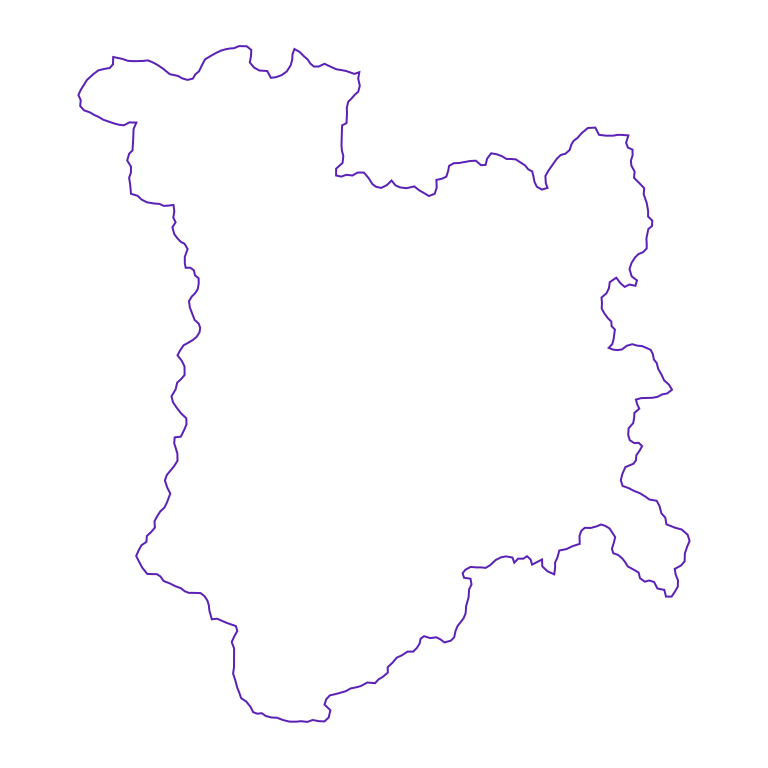 Mariana, Minas Gerais, Brazil (Mercator projection)
{"feature_id": "56859067B28014056344581", "entity_name": "Mariana", "entity_type": "district", "adm_level": 2, "iso_a3": "BRA", "parent_name": "Brazil", "parent_adm1": "Minas Gerais", "projection": "mercator", "projection_center": [-43.32, -20.336], "detail": "fine", "context": "isolated", "style": "outline", "palette": "violet", "viewbox_px": 768, "rotation_deg": 0, "n_neighbors": 0, "source": "geoboundaries", "source_scale": "gbopen_adm2", "svg_char_len": 6049}
<svg xmlns="http://www.w3.org/2000/svg" viewBox="0 0 768 768"><path d="M672.0,389.7L669.0,384.7L664.1,380.3L661.6,374.8L658.3,369.2L656.7,363.0L653.9,359.5L652.8,354.0L650.7,349.9L646.4,347.9L642.1,346.1L637.0,345.6L632.3,344.2L626.6,345.8L622.1,349.4L617.5,350.1L612.9,349.6L608.7,347.9L612.2,344.2L613.5,339.8L614.9,329.5L611.6,326.2L611.3,321.5L607.6,317.9L604.3,313.3L601.7,308.5L602.0,303.3L601.5,297.5L606.4,293.4L608.9,288.3L609.8,282.1L616.3,277.7L620.5,283.3L624.7,286.9L629.4,284.5L635.4,285.8L637.0,280.4L631.7,276.4L629.5,269.0L631.6,262.8L635.1,257.4L638.4,254.1L643.0,252.2L646.7,248.5L646.7,243.5L646.4,238.6L648.3,229.1L652.0,226.0L652.3,220.6L648.1,216.6L648.1,210.8L646.7,202.9L643.7,194.3L644.2,188.2L639.6,183.4L634.0,177.8L634.6,171.5L631.4,165.7L630.9,160.7L632.6,155.3L632.5,149.6L627.9,147.6L626.1,142.8L628.4,135.4L621.5,134.9L617.2,134.9L613.1,135.7L606.1,135.7L599.0,134.8L595.3,127.6L587.9,128.0L581.8,133.0L577.4,138.0L573.7,140.7L571.3,144.7L569.7,149.9L565.5,153.7L560.7,155.0L556.7,158.9L548.6,170.4L545.4,176.0L545.8,183.2L547.5,187.9L541.9,189.6L536.8,186.7L534.5,181.9L533.5,176.7L532.2,171.4L528.2,169.3L525.1,165.4L519.6,161.9L515.9,159.4L511.0,159.0L506.3,158.9L502.0,156.2L496.9,154.3L491.2,153.3L487.1,158.7L485.6,164.9L481.1,165.2L475.8,160.7L470.2,161.0L459.1,163.0L453.7,163.2L449.1,165.9L448.1,171.1L446.3,176.7L441.7,178.8L436.4,179.9L436.7,187.6L434.7,193.8L428.9,196.0L424.4,193.3L419.2,190.3L414.3,186.4L406.5,188.2L400.0,187.4L395.5,185.4L391.5,180.5L386.9,185.1L381.2,187.9L376.3,186.9L372.5,184.2L368.9,178.5L364.0,172.6L357.7,172.5L352.4,175.5L346.3,174.8L341.2,176.6L336.1,175.5L336.1,168.7L342.6,162.9L343.3,156.0L341.9,150.5L341.5,144.9L341.7,137.5L342.1,125.4L346.5,123.1L347.0,113.5L346.8,107.8L348.2,101.8L351.4,98.6L354.8,94.7L358.2,91.8L359.8,85.8L358.2,78.6L359.3,72.2L354.4,73.9L346.1,71.0L341.7,70.1L336.4,69.3L330.8,66.8L324.5,63.8L318.7,66.5L313.8,66.5L310.4,63.6L307.6,59.4L303.2,55.6L299.7,52.0L294.4,49.0L292.5,54.3L292.2,59.7L290.7,65.3L286.7,71.5L281.5,75.2L275.9,77.2L270.9,77.8L267.2,71.0L259.3,70.5L254.0,67.5L249.8,62.5L251.0,55.9L251.3,50.0L246.8,46.3L238.9,46.1L234.1,48.2L229.7,48.5L225.5,49.3L221.3,50.5L216.5,52.7L211.1,55.7L205.0,59.4L201.8,65.5L199.0,71.3L195.5,74.2L192.8,78.6L187.4,79.9L182.3,78.4L177.9,75.9L169.8,74.2L162.8,68.5L157.3,64.8L152.6,62.3L148.0,60.4L143.3,60.9L137.3,61.1L132.0,61.1L127.8,60.8L122.3,58.9L113.2,57.0L113.0,64.3L109.7,68.0L103.9,69.0L98.3,70.4L93.3,74.2L87.0,79.9L80.9,89.6L78.4,95.0L80.7,100.1L80.2,106.1L84.0,110.3L90.2,112.5L94.3,115.0L98.6,116.9L103.2,119.7L114.9,123.7L119.2,124.8L123.9,125.3L129.4,122.4L136.4,122.6L133.6,128.9L133.1,141.1L132.5,150.4L129.1,153.8L127.2,160.5L131.0,166.6L130.9,172.8L129.1,177.8L130.1,183.9L131.0,193.8L137.6,195.8L141.5,199.5L146.9,202.3L154.2,203.5L159.5,203.9L163.8,205.9L168.2,205.6L173.5,205.0L174.3,211.4L173.3,217.6L175.6,222.3L172.4,227.2L174.2,233.9L176.8,237.6L180.7,241.8L184.6,243.8L187.6,249.0L184.8,256.9L184.8,263.3L185.7,267.8L190.3,267.7L193.9,270.3L195.0,275.4L198.6,278.2L198.7,283.6L197.7,289.3L195.0,293.4L191.8,296.5L189.0,301.1L189.8,307.3L194.6,319.9L198.7,323.6L200.2,327.9L199.5,332.3L196.7,336.8L192.8,340.0L188.2,342.8L183.7,345.2L180.0,350.6L177.5,355.3L181.7,360.7L184.5,366.4L184.6,375.0L180.9,379.3L177.2,382.6L175.6,389.4L171.5,396.3L173.0,402.3L176.3,407.2L180.9,413.2L186.3,418.3L186.5,424.3L184.2,429.8L180.9,436.6L174.7,437.4L174.2,443.4L175.6,447.6L177.4,453.7L177.5,460.8L174.0,466.3L166.8,475.0L164.9,480.5L167.3,487.7L170.3,493.6L167.0,502.3L164.5,507.5L160.2,511.5L156.8,516.9L154.5,521.3L154.9,527.6L151.0,532.2L146.9,535.9L146.4,541.9L141.4,545.3L138.7,550.3L136.2,555.9L138.9,561.4L142.2,567.6L147.2,573.9L152.2,574.1L156.8,574.1L160.5,576.5L163.6,581.0L169.8,583.4L175.3,586.2L180.9,588.2L184.8,591.3L189.0,592.9L194.9,592.9L200.6,593.1L204.5,596.2L207.4,600.5L208.8,605.2L209.4,610.7L211.8,619.3L217.1,618.7L226.7,622.9L235.9,626.1L237.3,631.0L234.1,636.7L231.7,642.1L234.1,648.4L234.0,667.2L233.1,673.6L235.2,680.0L237.3,687.8L239.4,693.0L241.1,698.1L246.3,701.6L250.7,707.1L253.1,712.1L257.2,713.7L261.8,713.2L265.8,716.0L271.4,717.5L276.8,717.7L283.0,720.0L289.3,721.6L296.0,721.7L301.1,721.2L307.4,721.9L312.7,720.0L319.0,721.2L324.5,721.4L328.7,717.5L330.4,710.2L324.5,704.6L326.2,699.3L329.8,695.4L336.3,693.9L345.8,691.2L350.7,688.4L354.9,687.6L360.5,686.2L367.4,682.5L375.1,683.2L378.4,679.5L383.0,676.7L387.8,672.6L387.7,667.2L392.5,662.7L396.7,657.7L401.9,655.3L407.5,651.6L413.2,651.6L416.9,647.9L419.6,643.5L420.6,638.7L424.1,636.2L430.3,638.1L436.3,637.3L440.5,639.4L444.4,642.4L450.8,640.7L454.2,637.3L455.5,631.0L457.7,625.8L460.9,621.8L463.5,618.4L465.6,613.4L466.2,605.8L468.6,597.3L469.1,589.4L471.5,584.4L470.5,578.7L464.1,577.8L462.6,573.3L465.3,569.8L470.6,566.9L476.4,567.4L481.1,567.4L485.6,567.9L490.3,565.1L495.7,560.0L501.1,557.3L506.0,556.4L512.4,557.5L514.3,562.7L518.0,558.7L523.3,558.7L527.0,556.2L530.6,559.5L532.1,564.6L542.0,559.5L542.3,566.4L547.5,571.3L554.2,574.3L555.1,567.9L555.1,562.5L557.4,557.5L559.3,550.5L566.4,549.1L572.7,546.1L579.7,543.9L579.5,535.9L581.3,530.8L584.8,527.8L590.6,528.0L596.8,526.3L601.0,524.5L605.2,525.8L609.6,528.5L615.2,537.1L613.8,542.8L611.9,548.8L613.3,553.2L618.2,555.0L622.1,558.3L624.9,561.7L627.7,566.4L633.2,569.4L638.6,572.5L640.0,578.2L644.8,581.7L649.1,580.5L654.1,582.0L657.4,588.5L664.3,589.9L666.0,596.6L671.6,596.6L674.8,591.8L677.8,586.7L678.0,580.4L675.7,574.6L674.7,568.9L680.9,565.6L684.6,561.4L684.9,553.3L687.1,546.8L689.6,540.9L687.6,534.7L681.7,529.5L675.3,527.8L666.4,524.3L665.3,517.6L661.4,513.4L659.5,506.0L656.7,500.8L649.3,499.5L645.4,496.6L640.0,493.3L633.8,490.8L629.3,488.4L622.6,485.9L620.8,480.2L622.4,473.8L625.4,467.1L629.4,465.4L633.5,463.7L636.0,460.2L636.3,455.4L639.8,450.3L642.1,446.1L638.7,442.8L634.2,443.1L629.8,440.2L628.2,435.0L628.6,428.3L633.2,423.1L634.2,417.5L634.4,412.9L639.3,408.7L637.2,404.3L635.9,399.6L641.2,398.1L652.3,397.8L657.7,396.8L662.1,394.4L667.1,393.5L672.0,389.7Z" fill="none" stroke="#5b21b6" stroke-width="2"/></svg>